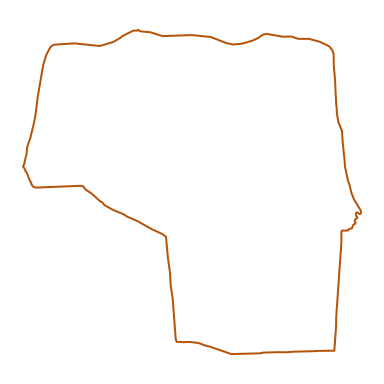 outline of Malacatancito, Huehuetenango, Guatemala
{"feature_id": "79465075B52740095306971", "entity_name": "Malacatancito", "entity_type": "district", "adm_level": 2, "iso_a3": "GTM", "parent_name": "Guatemala", "parent_adm1": "Huehuetenango", "projection": "equal_earth", "projection_center": [-91.474, 15.234], "detail": "fine", "context": "isolated", "style": "outline", "palette": "amber", "viewbox_px": 384, "rotation_deg": 0, "n_neighbors": 0, "source": "geoboundaries", "source_scale": "gbopen_adm2", "svg_char_len": 1794}
<svg xmlns="http://www.w3.org/2000/svg" viewBox="0 0 384 384"><path d="M138.1,29.9L136.9,30.6L133.3,30.6L121.8,36.4L121.1,37.4L119.1,38.5L118.4,39.1L112.7,42.2L99.7,46.0L74.9,43.4L54.9,44.6L52.6,45.3L50.0,47.7L46.2,55.2L43.2,65.0L37.8,96.4L35.4,115.6L33.4,125.6L32.6,128.5L30.2,138.4L28.0,144.4L27.2,147.3L26.4,155.2L25.7,157.2L24.1,164.3L23.0,166.6L25.3,169.6L25.3,171.0L26.7,172.5L29.6,180.2L31.2,182.7L31.1,183.6L33.1,186.7L36.1,187.6L80.1,185.8L83.2,186.4L85.7,189.6L92.2,194.0L100.2,201.4L102.1,202.2L104.3,205.0L112.8,209.8L123.0,214.0L127.5,216.8L137.6,221.2L152.0,229.3L161.9,233.8L166.0,236.7L167.9,257.9L170.0,272.5L170.7,285.5L172.7,298.8L175.7,338.8L176.6,341.8L183.9,342.2L188.0,342.0L190.9,342.1L198.4,343.0L205.3,345.5L210.0,346.7L231.3,354.1L260.3,353.3L263.1,352.6L277.4,352.2L285.8,352.3L293.2,351.7L313.4,351.2L317.8,350.9L333.6,350.7L334.3,350.7L334.7,345.7L336.1,326.2L336.2,317.0L341.4,242.3L341.4,231.6L342.0,230.6L343.6,230.6L346.3,230.6L348.2,230.3L349.3,228.9L350.9,228.6L351.9,228.3L353.3,224.8L354.7,223.9L355.5,223.5L355.4,222.3L354.8,221.7L354.8,220.3L355.4,219.2L357.2,218.1L357.2,217.1L356.2,216.0L355.9,215.1L355.9,213.3L356.5,212.7L357.1,212.4L359.3,213.8L360.0,214.0L360.8,213.6L361.0,212.4L360.8,211.4L360.7,210.5L353.9,199.2L351.3,192.5L349.7,185.4L348.4,181.8L347.5,178.7L346.4,173.0L345.1,167.3L344.3,157.0L343.8,153.6L343.4,148.6L342.7,142.4L342.0,130.9L338.4,122.3L336.9,113.5L336.6,107.1L336.1,103.3L335.9,97.8L335.6,93.6L335.2,82.5L333.8,65.2L333.6,54.2L332.4,50.2L329.0,46.2L319.6,41.7L309.1,38.9L298.1,38.8L291.3,36.5L282.8,36.7L266.6,33.9L262.9,34.6L258.1,38.0L252.4,40.7L242.3,43.6L233.1,44.5L226.1,43.0L222.3,41.5L210.8,37.0L192.3,35.1L191.0,35.1L162.5,36.1L150.5,32.3L140.2,31.3L138.1,29.9Z" fill="none" stroke="#b45309" stroke-width="2"/></svg>